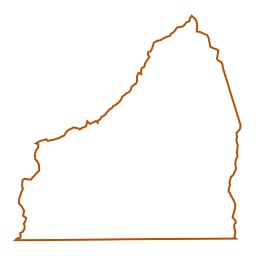 Divinópolis de Goiás, Goiás, Brazil
{"feature_id": "56859067B20210197400303", "entity_name": "Divinópolis de Goiás", "entity_type": "district", "adm_level": 2, "iso_a3": "BRA", "parent_name": "Brazil", "parent_adm1": "Goiás", "projection": "albers", "projection_center": [-46.533, -13.221], "detail": "fine", "context": "isolated", "style": "outline", "palette": "amber", "viewbox_px": 256, "rotation_deg": 0, "n_neighbors": 0, "source": "geoboundaries", "source_scale": "gbopen_adm2", "svg_char_len": 2173}
<svg xmlns="http://www.w3.org/2000/svg" viewBox="0 0 256 256"><path d="M15.4,240.1L29.3,240.2L67.9,239.9L87.0,239.7L116.0,239.4L121.5,239.3L157.7,239.0L170.3,239.0L235.9,238.6L234.4,236.8L235.3,232.4L234.9,229.9L234.1,226.9L234.4,224.3L235.8,222.6L235.4,220.5L232.6,217.4L233.2,214.8L234.2,211.5L235.1,207.9L235.3,204.3L234.1,201.6L232.7,198.5L230.7,195.2L230.0,192.9L228.6,191.6L228.9,187.8L230.1,185.0L229.4,182.4L230.4,179.3L231.0,176.8L233.2,175.2L234.0,172.9L235.2,170.9L236.1,168.5L235.6,165.8L235.3,162.1L236.5,158.5L237.5,155.8L236.9,152.9L237.2,150.0L237.5,147.4L237.8,145.0L237.0,143.2L236.3,139.4L237.0,137.4L236.4,133.2L238.5,130.8L240.2,128.8L240.6,125.4L222.9,68.0L222.5,64.9L221.5,62.1L218.1,60.5L216.9,58.5L217.5,56.0L218.3,50.4L216.6,49.3L212.6,48.0L210.3,46.7L209.2,41.1L208.7,38.2L207.2,35.2L199.4,31.8L196.7,31.5L197.2,23.9L195.9,19.8L191.6,15.8L189.8,18.7L189.3,21.3L186.5,22.3L185.1,24.1L183.2,26.3L180.4,27.0L177.0,27.5L175.0,30.5L173.2,32.5L171.1,33.7L170.0,35.9L168.0,36.5L164.3,37.8L162.1,39.4L159.8,40.4L157.9,40.7L155.8,41.5L153.7,43.0L153.1,45.4L151.6,49.6L150.2,51.6L148.3,51.8L147.9,54.8L149.5,56.9L146.9,60.6L145.2,63.0L144.2,67.0L141.6,68.1L141.1,71.4L141.3,74.2L138.5,72.9L137.0,76.3L137.1,81.0L136.1,83.4L131.5,86.9L130.8,89.9L128.8,92.3L126.6,93.2L125.0,94.5L122.2,96.9L121.0,99.7L118.7,102.5L115.8,104.8L113.2,106.0L111.6,108.4L109.3,109.7L107.6,111.5L104.9,115.0L101.3,117.1L100.2,119.4L97.8,120.7L97.7,122.7L95.7,121.1L92.7,122.6L89.8,123.9L87.3,121.3L86.7,123.6L86.3,125.9L84.6,127.0L81.9,127.9L79.8,129.5L77.8,128.3L73.3,127.5L70.8,129.1L68.8,129.7L66.4,131.8L65.2,133.8L64.2,135.5L62.0,136.4L59.7,137.7L56.1,139.0L51.4,140.2L47.8,140.8L46.2,139.2L43.8,140.2L40.4,140.8L36.0,143.4L38.2,144.1L38.4,147.1L36.1,150.4L34.8,153.9L35.3,159.3L37.5,161.7L39.0,164.8L39.2,170.7L37.3,172.4L34.6,175.5L32.3,177.8L30.9,179.6L26.8,179.2L24.7,178.8L22.6,180.0L22.0,186.3L23.0,188.6L21.4,192.1L20.3,195.5L19.2,198.6L19.0,203.5L21.6,206.2L24.2,211.0L23.3,214.0L23.3,216.0L26.1,217.8L25.2,221.7L23.8,223.5L24.6,226.3L24.5,228.8L22.8,231.7L20.0,233.3L20.6,235.4L20.5,237.6L17.5,238.3L15.4,240.1Z" fill="none" stroke="#b45309" stroke-width="2"/></svg>